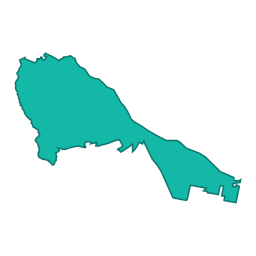 Bolotesti, Vrancea, Romania
{"feature_id": "2599482B57292828347042", "entity_name": "Bolotesti", "entity_type": "district", "adm_level": 2, "iso_a3": "ROU", "parent_name": "Romania", "parent_adm1": "Vrancea", "projection": "equal_earth", "projection_center": [27.03, 45.838], "detail": "fine", "context": "isolated", "style": "filled", "palette": "teal", "viewbox_px": 256, "rotation_deg": 0, "n_neighbors": 0, "source": "geoboundaries", "source_scale": "gbopen_adm2", "svg_char_len": 5417}
<svg xmlns="http://www.w3.org/2000/svg" viewBox="0 0 256 256"><path d="M236.0,202.6L239.3,186.4L238.5,185.9L237.5,185.3L236.3,184.9L236.1,186.8L235.8,186.7L232.6,186.2L233.0,184.1L232.9,183.9L232.9,183.6L233.0,183.6L233.3,183.7L235.4,183.1L237.4,182.9L240.1,182.5L240.6,179.7L239.5,180.4L238.1,180.8L236.6,180.7L236.2,180.6L234.8,180.5L234.1,180.3L233.8,180.1L233.9,177.6L220.2,171.6L205.4,157.0L199.5,153.3L193.3,150.9L186.2,148.1L179.6,141.9L176.8,140.5L166.4,140.5L157.5,136.0L147.3,130.1L142.1,126.5L134.1,121.7L131.1,119.1L129.5,115.3L127.3,111.0L124.0,106.0L120.8,102.5L117.8,97.0L115.4,92.8L113.5,89.7L106.9,87.0L103.4,83.3L98.9,79.1L95.5,78.7L90.7,76.8L89.0,75.5L86.9,72.2L84.6,69.0L79.9,66.8L78.4,65.0L76.4,62.8L75.7,61.3L75.5,59.6L75.0,58.7L74.5,58.1L73.3,57.9L71.5,56.5L70.5,55.9L69.9,55.8L69.2,56.2L67.8,56.5L66.5,56.9L64.9,57.0L63.8,56.9L63.6,57.0L63.4,57.7L63.2,57.8L63.3,58.3L63.1,58.5L61.6,58.6L60.0,59.5L59.8,59.8L59.8,60.3L59.4,60.8L52.7,56.8L50.6,55.7L50.5,55.8L48.4,54.8L45.9,53.4L45.9,53.7L45.7,53.7L45.2,53.6L45.0,54.1L44.6,54.3L44.3,54.4L44.0,54.8L44.1,55.5L44.1,55.9L44.2,56.1L44.9,56.2L45.0,56.4L45.7,56.4L46.0,56.6L46.5,56.8L45.7,57.9L45.7,58.1L44.5,59.3L44.2,59.7L44.1,60.0L43.9,60.3L43.4,60.2L42.4,59.3L42.2,59.2L41.9,59.0L41.9,58.7L42.4,58.0L42.4,57.7L41.8,57.3L40.9,57.1L40.4,58.4L40.3,58.8L38.2,58.7L38.0,58.9L38.1,59.2L37.9,59.2L37.5,59.1L37.1,58.8L36.9,59.2L36.9,59.4L37.0,59.4L37.5,59.9L37.5,60.2L37.4,60.4L37.3,60.5L37.1,60.9L36.8,61.1L36.2,61.6L35.6,62.4L35.0,62.7L34.4,62.8L33.5,62.3L24.9,58.9L25.0,57.5L22.6,58.7L19.8,59.9L20.0,60.5L20.0,61.1L20.2,61.9L20.7,63.0L21.0,63.1L21.0,63.5L21.2,63.8L21.1,65.5L21.2,65.9L20.8,66.3L20.1,67.4L19.3,68.5L19.3,69.0L19.1,69.5L18.7,70.5L18.5,71.0L18.0,71.4L17.9,72.0L17.6,72.4L17.4,72.7L17.0,73.0L16.9,73.5L18.4,75.8L18.6,76.4L17.9,78.7L17.6,79.4L17.0,79.9L15.7,82.1L15.4,83.6L15.4,84.1L15.6,85.0L15.7,85.8L15.7,86.4L15.5,87.7L15.6,88.4L16.3,90.3L17.7,92.5L17.3,94.0L17.4,94.4L17.9,95.2L18.3,95.9L18.7,97.0L18.6,98.6L19.3,99.0L19.3,99.4L19.6,99.6L19.5,100.7L19.7,101.5L19.7,102.1L19.7,102.3L19.5,102.5L20.0,103.0L21.1,103.4L21.2,103.5L21.2,103.9L21.1,104.1L20.6,104.8L20.3,105.4L21.2,105.6L21.5,105.6L21.9,106.0L22.1,106.4L22.3,107.3L22.3,107.5L22.1,108.0L22.3,108.3L22.3,108.8L22.5,109.1L23.5,110.1L24.1,111.2L24.6,112.9L24.8,113.4L25.2,113.8L25.4,114.5L26.3,115.6L26.6,116.1L27.0,116.7L28.1,117.7L28.3,118.2L28.7,118.5L29.6,118.9L29.5,119.1L29.8,119.5L30.5,119.7L31.1,120.2L31.5,120.8L31.7,121.3L31.6,122.1L31.2,123.1L31.3,123.4L31.9,123.9L32.5,124.6L33.1,126.9L33.4,127.1L34.2,127.5L34.8,127.7L35.5,128.1L36.2,129.1L36.5,129.2L37.1,129.3L37.8,129.4L38.6,130.8L38.5,131.1L38.3,131.3L38.2,131.6L38.2,132.1L38.3,132.7L38.6,133.0L39.1,133.1L39.2,133.4L39.3,133.8L39.4,134.1L39.7,134.4L39.8,134.5L39.1,135.1L38.8,135.5L38.4,136.7L38.2,137.0L37.7,137.1L36.8,137.6L35.6,139.2L35.5,139.9L35.3,140.4L35.6,141.0L36.3,142.0L36.7,142.2L37.1,142.7L37.4,143.3L37.6,143.6L37.7,144.0L37.7,144.4L37.8,144.6L38.2,145.1L38.5,145.7L38.3,146.3L38.3,146.5L39.1,147.5L38.9,147.9L39.1,149.0L39.3,149.3L39.2,149.5L39.1,150.3L39.4,150.7L39.2,151.3L39.1,151.6L39.0,151.9L38.9,152.0L38.7,151.8L38.5,152.0L38.3,152.6L38.4,153.4L38.2,154.0L38.2,154.4L38.4,155.2L38.3,155.8L38.5,156.3L38.7,156.7L39.3,157.2L39.4,157.6L39.6,157.7L40.1,157.9L40.5,157.9L41.9,158.9L42.9,159.0L43.1,159.1L43.5,159.5L44.0,159.2L44.6,159.3L44.9,159.5L45.6,159.6L46.5,160.1L46.9,160.1L47.4,160.3L48.2,160.3L48.6,160.7L48.7,161.0L48.7,161.4L49.1,161.7L49.7,161.8L49.9,162.2L50.3,162.4L50.6,162.8L51.0,163.0L51.3,163.3L51.4,163.6L51.4,164.0L51.6,164.2L52.2,164.4L52.6,164.8L52.9,164.9L53.0,165.1L53.5,164.5L54.1,164.0L54.6,163.3L54.8,162.4L54.9,161.2L55.0,161.1L56.0,160.7L56.3,160.2L56.3,159.7L56.1,159.4L56.0,159.0L56.2,158.3L56.2,158.0L56.5,157.6L56.6,156.3L56.4,155.7L56.2,155.4L56.0,154.9L56.0,154.7L56.1,154.2L56.1,153.9L56.0,153.6L55.7,153.3L55.7,153.1L56.8,152.6L58.4,151.5L59.6,150.3L58.6,148.8L57.9,148.1L60.1,148.3L60.8,148.4L61.4,148.6L62.8,149.5L66.1,149.2L68.0,148.3L69.1,147.9L69.2,148.0L69.6,147.8L70.1,147.8L71.6,147.3L72.8,147.1L74.3,146.6L78.6,146.1L79.8,146.1L80.2,146.5L80.5,146.6L81.7,146.9L83.2,147.3L84.7,146.9L84.7,147.2L84.6,147.5L85.5,147.5L85.6,147.4L85.6,147.2L85.6,146.5L85.4,146.3L85.3,146.1L85.1,146.1L84.6,146.3L84.3,145.8L84.1,145.2L84.8,144.9L84.8,143.9L84.7,143.6L85.0,143.0L85.5,142.2L85.8,141.9L86.1,141.8L86.8,141.9L87.2,141.9L87.3,141.7L88.0,141.5L88.9,141.6L89.2,141.6L90.4,142.7L90.6,142.8L91.3,142.6L91.7,143.2L91.8,143.3L91.5,143.6L93.4,143.1L94.4,142.9L94.4,143.0L95.5,142.7L95.5,142.9L96.5,142.7L96.8,143.3L96.5,143.5L96.8,144.0L96.2,144.2L96.1,145.2L95.8,145.6L95.8,145.9L97.1,145.5L97.7,146.3L103.1,144.5L103.3,144.7L109.1,143.0L115.1,140.7L116.3,140.3L117.6,140.1L119.3,139.6L123.0,146.3L117.6,149.2L118.3,150.0L118.8,150.2L119.2,150.1L119.9,151.0L120.8,152.1L123.8,150.4L127.3,147.9L127.4,148.0L130.1,146.1L130.5,146.0L132.6,144.1L132.5,151.9L135.2,149.1L136.6,147.1L139.2,142.3L139.4,142.5L142.4,144.0L143.9,140.9L144.8,143.8L152.3,159.2L157.3,165.2L161.3,171.6L172.9,197.7L180.8,199.4L185.9,200.3L187.1,199.7L188.0,195.9L188.6,193.8L188.8,192.1L189.1,191.0L189.4,189.2L190.4,185.2L198.0,186.6L206.2,188.1L203.5,190.8L207.6,191.4L207.3,192.7L214.0,193.8L216.6,194.2L218.3,194.6L220.2,185.8L223.6,186.2L221.7,195.8L224.9,196.2L224.4,198.2L224.2,199.7L224.1,200.3L224.1,200.5L236.0,202.6Z" fill="#14b8a6" stroke="#0f766e" stroke-width="1.5"/></svg>